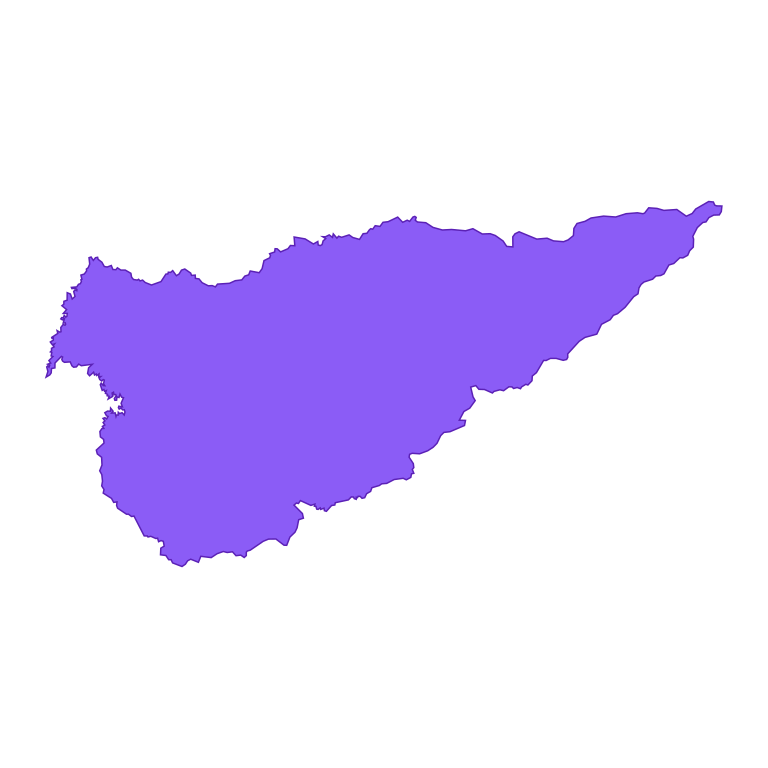 outline of Medio Atrato (Beté), Chocó, Colombia
{"feature_id": "7082276B17013880517014", "entity_name": "Medio Atrato (Beté)", "entity_type": "district", "adm_level": 2, "iso_a3": "COL", "parent_name": "Colombia", "parent_adm1": "Chocó", "projection": "albers", "projection_center": [-76.768, 6.011], "detail": "fine", "context": "isolated", "style": "filled", "palette": "violet", "viewbox_px": 768, "rotation_deg": 0, "n_neighbors": 0, "source": "geoboundaries", "source_scale": "gbopen_adm2", "svg_char_len": 6022}
<svg xmlns="http://www.w3.org/2000/svg" viewBox="0 0 768 768"><path d="M721.9,206.0L716.6,205.9L714.7,205.1L713.4,202.0L708.7,201.5L695.7,209.0L692.2,213.5L686.3,216.2L676.8,209.5L663.9,210.4L657.0,208.4L648.7,207.8L644.6,213.1L642.9,213.7L637.4,212.8L626.1,213.7L615.7,217.0L603.6,216.1L591.0,218.0L585.1,221.3L577.0,223.5L573.9,228.4L573.4,235.6L568.1,239.9L563.6,241.7L553.5,240.9L547.1,238.2L536.8,239.1L519.1,231.8L515.0,233.8L512.8,236.8L512.9,246.9L506.7,246.4L503.1,241.0L495.3,235.5L490.2,233.7L482.3,234.0L472.9,228.7L465.6,230.8L451.6,229.5L442.4,230.0L433.0,227.4L425.8,222.7L417.5,222.0L415.3,220.3L416.2,217.4L414.8,216.4L413.0,217.0L409.6,221.4L407.2,220.2L402.7,222.3L397.7,217.1L388.1,221.7L383.0,222.3L380.0,226.4L375.2,225.7L372.7,229.2L370.8,228.7L369.5,229.7L366.9,233.3L363.1,233.7L359.5,239.4L352.8,237.5L349.1,234.9L341.6,237.3L338.6,236.2L336.9,238.1L333.3,233.9L332.5,237.4L329.2,234.9L325.4,236.8L322.7,236.7L325.7,238.6L323.1,240.9L322.1,244.6L320.3,245.6L318.2,245.0L317.8,241.5L313.4,244.0L305.1,238.9L294.1,237.0L294.8,245.7L290.4,245.5L288.0,248.7L280.6,251.9L277.2,248.8L275.1,248.7L274.6,252.0L269.6,253.7L270.5,255.4L269.7,257.8L264.0,260.6L262.1,268.7L259.2,272.7L250.2,271.0L248.7,274.8L244.8,276.1L241.8,279.9L235.2,280.7L229.5,283.3L217.5,284.1L215.4,286.9L212.2,285.6L208.3,285.8L202.1,282.7L199.0,278.9L195.4,278.4L195.2,275.1L191.5,275.4L190.7,273.1L184.8,269.0L181.5,270.1L179.1,274.0L176.4,275.7L172.7,270.6L170.6,272.4L168.3,272.2L167.9,273.9L165.9,274.1L161.0,281.6L151.5,285.0L145.2,282.5L142.6,280.1L140.0,280.9L138.6,279.3L137.3,280.1L133.5,279.5L131.6,277.2L130.9,273.3L125.3,270.1L120.9,270.1L117.4,267.8L115.9,269.7L112.9,269.5L111.3,265.5L107.2,267.0L104.3,266.5L101.9,262.2L98.1,259.3L97.6,257.3L95.5,257.7L93.3,260.4L91.1,257.0L89.0,257.7L89.7,264.1L88.2,267.7L86.4,269.1L86.6,270.9L84.3,274.0L80.9,275.1L81.9,279.3L80.9,279.8L81.4,281.6L80.3,283.7L78.5,284.3L76.8,286.9L71.4,287.4L71.9,288.6L75.3,288.3L76.9,289.4L76.8,290.7L74.9,290.0L73.7,291.5L75.0,296.5L72.2,299.0L70.4,294.0L67.2,292.7L67.1,300.2L63.9,301.3L63.8,304.2L61.9,305.7L66.6,309.6L63.3,313.4L67.3,313.4L66.9,316.4L65.9,317.0L64.2,315.4L63.4,317.7L61.7,317.6L60.8,318.9L62.4,319.9L64.4,318.8L63.2,323.0L65.3,322.9L65.6,324.4L65.0,325.2L63.1,324.5L60.8,327.5L61.0,331.7L59.7,332.1L57.1,330.6L57.8,333.4L51.7,337.4L52.0,338.3L53.3,337.9L53.3,340.1L50.3,342.0L52.3,344.7L54.5,343.9L53.2,345.7L54.1,346.9L51.5,348.3L51.6,350.7L50.4,351.9L51.8,352.4L51.1,355.9L52.9,356.5L48.9,360.6L50.7,363.1L47.7,364.2L49.7,365.2L49.0,367.2L47.7,365.9L46.7,366.9L47.9,371.5L46.1,377.1L49.8,374.9L51.2,372.9L51.5,368.5L54.9,367.9L55.0,363.0L61.4,356.4L62.6,357.0L61.8,359.4L62.6,361.1L64.4,362.3L70.2,361.9L71.9,365.8L73.6,367.2L76.4,366.9L78.7,364.1L81.3,365.7L92.3,364.3L88.6,367.8L87.6,373.5L89.6,375.8L93.6,372.2L94.5,375.0L96.3,374.1L96.8,375.5L99.0,373.9L98.7,376.7L100.7,376.6L99.1,377.9L99.7,379.5L101.7,381.0L103.2,379.6L104.3,380.1L103.5,383.8L104.8,385.7L103.3,385.6L101.2,383.1L100.3,384.7L102.2,390.4L103.9,389.5L104.6,391.3L106.3,390.6L105.4,393.3L107.5,394.4L107.1,395.7L109.2,396.3L108.2,399.0L112.7,396.4L112.1,393.0L113.5,392.2L114.0,394.8L115.7,394.5L116.2,395.6L114.3,398.6L114.9,400.3L116.6,400.2L117.0,396.9L119.0,397.5L120.0,394.1L121.6,397.2L123.5,397.7L121.1,403.3L122.4,406.8L118.8,406.2L118.4,407.7L119.2,409.1L121.0,408.1L122.7,409.9L124.3,409.7L125.0,412.0L124.2,415.0L122.1,412.7L119.6,413.6L118.3,412.3L118.1,415.1L116.4,415.0L116.0,416.3L115.2,412.9L111.6,413.1L113.1,411.2L110.6,408.1L110.4,411.2L107.5,411.1L104.8,412.7L106.5,415.8L108.1,416.4L106.7,418.9L104.9,417.7L103.0,418.4L104.9,420.9L103.1,422.5L104.8,425.0L102.4,426.4L103.8,428.4L101.9,428.6L99.9,431.5L100.4,436.9L103.6,439.4L104.0,443.0L96.3,450.1L97.3,453.9L101.6,457.3L102.0,465.0L99.7,470.8L101.8,474.6L102.5,481.2L101.7,485.9L104.0,489.5L103.2,493.1L111.5,498.4L113.7,502.4L117.0,501.9L116.6,505.5L117.6,508.2L126.5,514.2L128.5,514.2L131.5,516.5L134.0,516.1L144.2,535.9L147.4,536.0L148.0,537.0L150.8,536.3L155.8,538.5L157.6,538.2L158.6,541.7L161.0,540.6L163.3,541.3L164.2,546.1L160.8,548.2L160.5,554.8L165.9,555.5L168.7,559.7L171.1,559.7L172.6,562.9L182.0,566.5L185.4,564.2L187.6,560.8L190.7,559.2L198.4,562.3L200.8,556.3L211.2,557.6L217.1,553.7L223.3,551.5L227.2,552.5L232.5,551.8L236.0,555.7L240.7,555.1L244.2,557.5L246.3,555.6L246.3,552.2L247.3,551.0L250.2,550.2L263.2,541.3L268.5,539.1L275.9,539.0L284.0,545.2L286.7,545.3L289.9,537.1L295.0,532.2L297.1,527.8L298.7,519.7L303.4,518.2L302.4,513.5L294.0,505.1L296.4,503.0L298.4,503.5L300.4,500.6L310.9,505.4L314.9,504.1L314.4,506.2L315.9,506.3L316.7,509.1L318.1,509.4L320.2,507.9L320.7,509.4L324.0,508.2L324.4,510.7L326.4,511.3L331.6,505.5L334.8,505.0L335.3,502.7L348.4,499.9L351.3,496.9L353.6,497.1L354.2,498.6L356.2,499.3L356.3,497.2L357.5,497.7L358.1,496.3L360.2,496.4L362.0,498.3L364.7,497.7L366.6,493.7L370.6,491.4L371.9,487.7L379.4,485.5L381.7,483.8L386.7,483.4L394.2,479.5L403.2,478.3L406.3,479.8L410.8,477.4L411.5,473.8L413.8,473.3L412.3,469.4L413.8,467.6L413.3,463.6L409.1,457.2L409.6,454.3L412.2,453.3L419.6,453.8L427.7,450.8L433.2,447.2L437.0,443.3L440.7,435.6L443.9,432.4L450.0,431.7L464.5,425.5L465.5,420.4L459.3,420.2L463.9,411.5L469.7,408.2L475.2,400.6L473.0,396.8L470.7,387.1L475.8,385.6L478.9,389.3L484.5,389.5L492.4,393.0L494.0,391.4L499.9,389.8L503.6,390.7L508.9,386.8L511.9,386.9L513.6,388.5L517.1,387.5L520.5,388.7L521.6,386.9L525.8,384.3L527.9,385.0L532.0,380.7L532.3,376.0L536.4,372.7L543.6,360.4L546.1,360.5L550.4,358.4L556.2,358.4L563.2,360.3L566.6,359.5L567.8,357.3L567.7,353.9L579.2,341.3L585.0,337.4L596.8,334.1L601.5,324.3L610.2,319.7L613.4,315.3L617.5,313.7L625.1,307.3L633.7,296.7L638.0,293.8L639.0,287.9L641.1,284.4L644.0,282.0L652.6,279.2L655.9,276.0L660.7,275.5L664.0,273.8L668.9,265.0L673.8,263.5L679.9,257.7L682.9,257.9L687.7,255.3L689.7,250.7L693.3,247.1L693.6,239.1L692.8,236.4L697.3,227.6L702.8,222.5L706.0,221.9L708.9,217.6L713.7,215.1L719.3,214.9L721.3,211.6L721.9,206.0Z" fill="#8b5cf6" stroke="#5b21b6" stroke-width="1.5"/></svg>